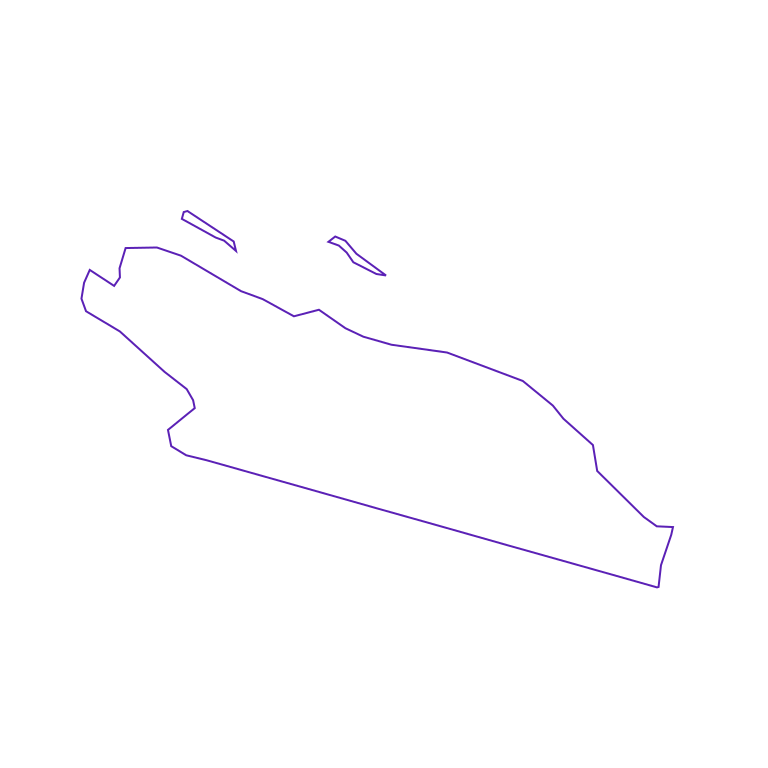 SVG path tracing the border of Belize, rotated 284°
{"feature_id": "BLZ", "entity_name": "Belize", "entity_type": "country or territory", "adm_level": 0, "iso_a3": "BLZ", "parent_name": "North America", "parent_adm1": "", "projection": "equal_earth", "projection_center": [-88.465, 17.185], "detail": "fine", "context": "isolated", "style": "outline", "palette": "violet", "viewbox_px": 768, "rotation_deg": 284, "n_neighbors": 0, "source": "natural_earth", "source_scale": "50m", "svg_char_len": 942}
<svg xmlns="http://www.w3.org/2000/svg" viewBox="0 0 768 768"><g transform="rotate(284 384 384)"><path d="M267.1,230.4L267.0,209.3L272.2,192.6L287.2,185.5L306.7,200.1L314.8,206.2L322.1,202.7L331.3,193.8L342.7,168.1L371.1,115.0L382.5,77.3L393.6,69.8L409.7,68.5L423.5,70.9L413.9,98.4L423.5,102.0L432.3,99.4L453.4,100.4L461.5,130.6L459.4,155.9L439.5,222.8L437.0,245.8L427.9,280.2L440.3,302.9L428.8,333.0L424.9,352.5L423.9,381.8L429.8,437.6L420.5,518.0L403.9,553.1L393.7,566.5L375.3,601.5L351.2,611.9L317.8,668.3L311.9,683.1L315.1,699.0L307.2,699.2L275.2,696.6L253.5,699.5L252.7,698.1L254.6,637.5L257.4,543.8L259.6,475.1L261.6,408.0L263.2,357.7L265.3,289.4L267.1,230.4ZM485.9,203.7L477.3,208.2L484.4,194.2L485.4,185.2L495.3,147.9L502.4,148.1L504.3,151.4L485.9,203.7ZM503.7,325.7L489.8,359.7L488.9,350.0L494.7,324.8L502.5,316.0L507.4,306.7L508.5,295.7L515.3,301.0L513.6,311.9L503.7,325.7Z" fill="none" stroke="#5b21b6" stroke-width="2"/></g></svg>